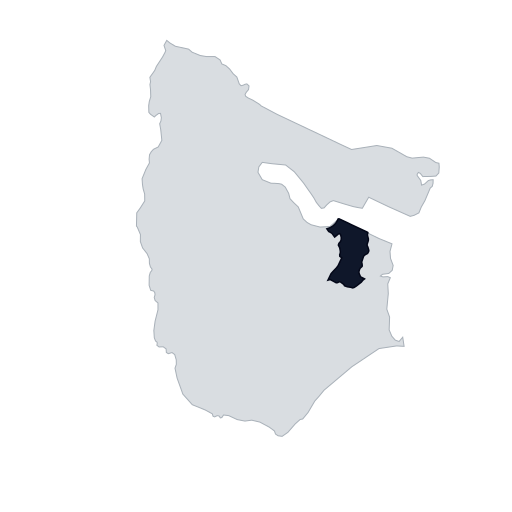 Kaolack on a map of Senegal (Equal Earth projection), rotated 205°
{"feature_id": "SEN-765", "entity_name": "Kaolack", "entity_type": "Region", "adm_level": 1, "iso_a3": "SEN", "parent_name": "Senegal", "parent_adm1": "", "projection": "equal_earth", "projection_center": [-15.993, 13.984], "detail": "fine", "context": "in_parent", "style": "filled", "palette": "ink", "viewbox_px": 512, "rotation_deg": 205, "n_neighbors": 0, "source": "natural_earth", "source_scale": "10m", "svg_char_len": 4462}
<svg xmlns="http://www.w3.org/2000/svg" viewBox="0 0 512 512"><g transform="rotate(205 256 256)"><path d="M377.0,232.6L382.3,244.7L381.2,250.5L380.1,258.9L383.1,265.1L386.6,269.1L389.1,272.8L391.9,277.9L392.4,288.0L391.9,295.3L393.8,298.6L395.3,302.8L395.0,306.3L394.0,309.4L390.7,313.5L390.2,321.0L395.7,330.2L399.2,335.2L399.2,338.1L400.2,341.3L402.8,344.9L404.4,344.1L406.1,341.1L406.9,339.0L411.6,339.9L413.8,340.9L416.8,346.9L418.0,350.9L418.7,355.9L421.9,362.2L424.6,366.6L425.2,369.4L427.7,373.1L426.2,381.4L426.4,385.7L424.8,396.8L424.5,402.1L424.6,404.0L428.4,408.0L428.0,413.7L424.2,412.7L417.7,412.0L404.5,415.0L400.0,413.7L391.4,414.1L385.2,415.8L377.4,419.4L371.4,418.5L368.1,415.6L363.8,415.8L358.9,414.3L353.7,411.5L349.0,410.1L343.9,404.9L341.5,404.0L339.8,405.4L338.4,407.1L337.0,408.1L334.2,407.2L333.1,403.7L334.0,400.3L334.2,397.8L332.9,396.4L329.8,395.9L324.8,395.9L316.7,394.9L314.8,394.2L296.7,393.3L277.9,393.2L261.9,393.1L241.8,393.0L227.7,392.9L214.4,392.9L204.3,399.7L193.2,407.2L178.4,411.1L161.3,409.7L155.8,410.7L150.2,414.0L146.0,416.4L140.1,417.9L132.5,416.7L129.4,417.4L127.5,414.0L125.4,408.5L126.7,404.5L131.4,401.9L138.4,398.5L142.0,400.3L144.1,400.4L144.5,398.2L143.9,397.0L138.6,394.1L135.9,390.2L133.6,392.5L131.7,397.2L130.0,398.7L127.7,400.0L126.3,396.8L125.7,393.6L126.8,391.2L126.3,377.5L126.9,370.3L126.6,363.9L129.9,359.7L133.0,357.1L145.2,356.9L156.6,356.7L167.5,356.8L178.7,356.9L179.8,344.2L183.3,343.2L188.6,341.9L198.4,340.4L209.3,338.9L211.7,336.4L213.5,332.2L214.6,328.4L216.9,326.8L220.0,328.1L224.0,330.1L228.1,333.1L232.9,336.0L236.1,337.8L243.7,342.2L256.8,348.5L267.6,351.0L280.5,346.4L289.9,343.5L291.1,338.0L289.6,332.7L282.6,327.8L273.1,328.3L270.2,329.6L265.8,331.3L263.1,331.9L258.6,330.8L252.9,326.6L249.4,322.3L244.4,320.3L238.4,318.3L228.9,309.6L224.0,308.0L219.3,307.6L210.2,309.3L201.4,314.0L196.8,324.6L188.0,324.4L169.3,324.1L152.1,323.8L137.9,324.5L136.5,316.8L133.1,310.7L127.7,305.4L126.5,300.6L128.3,296.3L133.6,292.9L134.8,290.4L132.1,290.7L127.9,293.0L125.1,293.1L124.8,286.4L120.2,277.8L115.0,263.1L109.1,257.1L104.1,245.3L99.0,240.7L94.2,238.6L90.2,239.0L88.7,244.4L83.6,236.7L90.6,233.9L105.4,224.1L122.3,196.2L137.6,163.2L139.6,155.4L141.4,149.5L142.7,136.1L144.8,128.0L146.9,126.5L149.5,120.4L152.6,109.6L156.1,103.6L160.0,102.4L163.1,102.9L165.3,105.2L171.7,106.5L182.3,107.1L190.5,105.4L196.3,101.7L203.9,99.8L213.3,99.8L218.2,98.2L218.7,95.1L219.9,94.2L221.9,95.4L223.7,94.9L225.5,92.7L227.2,92.6L228.9,94.5L236.8,95.0L250.9,94.3L263.9,99.9L275.9,112.0L282.0,120.1L282.4,124.1L284.4,128.2L288.0,132.3L291.3,133.0L294.2,130.4L296.5,130.7L298.2,133.8L301.7,134.5L305.4,132.6L308.1,133.2L308.6,135.1L309.3,136.1L311.1,136.5L313.6,138.9L317.1,145.3L319.9,154.3L322.1,165.8L325.0,172.0L328.6,173.0L330.7,175.4L331.1,178.1L332.2,180.0L333.9,181.0L336.9,180.4L340.5,184.3L344.3,192.8L344.9,196.6L344.3,198.6L344.6,200.1L347.1,201.5L349.5,204.3L351.5,208.4L355.7,212.1L362.2,215.4L366.9,220.2L369.8,226.6L375.8,232.0L377.0,232.6Z" fill="#d9dde1" stroke="#a8b0b8" stroke-width="1"/><path d="M197.5,320.4L197.3,321.4L197.2,324.4L196.3,324.8L193.6,324.8L190.1,324.8L186.7,324.8L183.2,324.7L179.7,324.7L176.2,324.7L172.7,324.7L169.3,324.7L165.8,324.7L164.6,324.6L164.4,324.1L164.1,322.6L163.3,321.3L161.5,319.2L161.1,318.4L160.8,317.7L160.6,316.6L160.3,314.1L160.1,313.2L159.7,312.5L159.3,312.1L158.4,311.4L156.7,309.5L156.1,308.7L155.9,308.1L155.8,307.5L155.9,306.4L155.9,305.8L156.1,305.3L156.4,304.8L157.2,303.9L157.8,302.8L158.1,302.3L158.3,301.7L158.3,301.1L158.3,300.5L157.7,295.4L157.3,294.6L156.6,293.8L155.5,291.9L155.5,291.3L155.7,290.7L156.2,289.6L156.4,289.0L156.5,288.2L156.4,287.2L156.2,285.6L155.9,284.8L155.5,284.2L154.7,283.3L153.1,281.9L152.8,281.6L152.5,281.4L152.2,281.3L148.6,281.2L149.0,280.8L148.1,280.8L148.9,279.3L149.5,276.8L152.3,271.3L153.8,268.9L154.5,268.3L155.0,267.9L156.8,267.7L160.2,266.7L163.1,266.4L163.5,266.5L163.6,266.8L163.9,267.2L168.6,268.2L169.8,267.7L170.8,266.3L172.0,265.6L174.7,265.8L178.8,266.0L180.6,264.5L180.5,271.8L179.5,275.0L178.1,279.1L177.5,281.9L177.5,286.8L177.5,290.6L179.9,291.1L180.7,292.5L180.9,294.4L181.6,296.0L183.6,298.8L186.0,300.7L186.2,302.6L185.6,304.5L185.6,306.4L186.4,308.6L188.1,310.8L189.5,311.6L190.5,311.1L191.5,308.9L192.7,306.4L196.6,308.6L198.8,308.9L200.4,308.9L203.3,310.6L200.9,312.9L199.2,315.4L198.6,316.7L198.0,318.2L197.5,319.9L197.5,320.4Z" fill="#0f172a" stroke="#020617" stroke-width="1.5"/></g></svg>